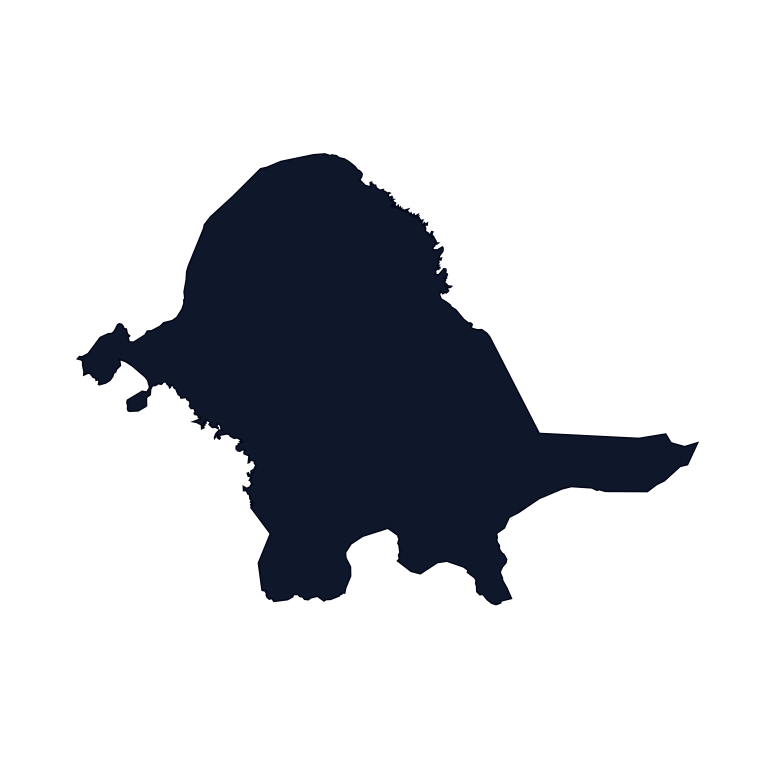 the district of Davst, Uvs, Mongolia, rotated 168°
{"feature_id": "93677404B415729533363", "entity_name": "Davst", "entity_type": "district", "adm_level": 2, "iso_a3": "MNG", "parent_name": "Mongolia", "parent_adm1": "Uvs", "projection": "orthographic", "projection_center": [92.742, 50.438], "detail": "fine", "context": "isolated", "style": "filled", "palette": "ink", "viewbox_px": 768, "rotation_deg": 168, "n_neighbors": 0, "source": "geoboundaries", "source_scale": "gbopen_adm2", "svg_char_len": 6158}
<svg xmlns="http://www.w3.org/2000/svg" viewBox="0 0 768 768"><g transform="rotate(168 384 384)"><path d="M118.8,276.5L146.0,277.8L242.4,303.4L270.8,408.2L272.8,412.2L277.1,416.9L281.1,417.5L286.3,420.0L287.3,422.8L286.1,422.5L285.3,424.0L286.7,425.8L288.7,426.1L292.6,430.7L298.5,441.9L302.2,445.4L302.7,447.4L305.5,450.7L310.4,455.4L311.1,459.9L308.9,463.3L307.9,460.1L304.9,460.8L304.0,460.1L301.4,461.7L302.3,464.1L303.9,465.0L298.9,464.7L297.6,465.5L303.6,467.6L301.8,468.3L303.8,470.8L302.3,472.6L302.9,475.0L301.0,474.3L300.2,476.8L299.3,477.5L299.3,478.5L300.9,479.9L299.7,481.9L299.7,483.7L301.4,484.4L308.0,479.3L310.5,480.4L309.9,485.2L308.8,484.7L307.7,485.7L306.7,484.8L306.3,485.8L305.2,485.8L305.2,486.7L306.6,486.2L307.1,487.4L305.6,488.7L307.5,488.8L304.8,491.6L305.6,493.1L304.2,493.9L302.6,493.4L301.7,495.2L303.6,494.8L303.3,497.6L298.8,501.6L297.9,504.7L298.4,505.9L303.8,504.1L307.8,504.9L308.1,507.0L305.4,508.9L304.8,511.9L303.7,509.8L301.7,510.6L303.8,511.3L303.4,512.7L305.0,518.1L307.5,516.0L305.6,518.0L305.9,519.3L306.7,519.1L304.6,522.7L305.7,523.2L308.4,519.6L308.6,521.1L310.2,521.8L309.4,522.5L311.8,524.8L310.9,527.6L311.4,531.3L308.8,530.4L308.1,532.4L309.8,531.7L311.1,533.3L313.0,530.9L313.9,534.7L312.8,534.7L312.0,536.3L315.6,535.9L315.8,536.8L314.5,537.3L315.1,539.4L316.1,539.6L315.5,540.5L317.3,539.8L315.4,542.7L320.0,541.4L319.1,542.3L319.3,544.0L321.4,542.9L321.5,543.7L322.3,543.6L321.7,544.5L322.0,545.7L323.3,544.4L324.0,545.3L324.0,546.5L325.1,547.0L324.7,548.0L325.6,548.9L324.0,550.0L327.3,549.8L328.6,548.3L329.1,548.8L328.6,549.3L329.0,550.5L330.6,549.7L330.2,551.9L331.7,551.0L331.2,553.7L333.1,552.9L333.0,555.7L335.3,553.9L335.5,555.2L338.2,554.4L338.1,557.3L339.5,556.3L339.1,557.6L337.7,558.5L337.1,556.0L336.5,555.8L336.1,556.3L336.8,557.0L335.4,557.6L335.1,558.9L336.2,559.3L337.1,561.3L338.6,561.9L336.2,562.6L338.2,563.3L338.2,564.4L337.0,564.7L337.3,565.9L339.9,565.4L340.5,566.2L340.4,568.9L338.5,569.5L339.5,570.2L341.2,569.2L341.4,570.6L344.9,573.7L344.4,574.4L347.8,574.4L350.7,577.5L350.9,580.2L351.8,580.0L353.5,582.0L354.6,581.7L354.1,584.0L355.7,583.9L356.0,579.5L361.0,582.1L365.3,588.6L362.8,591.3L361.7,593.7L362.0,595.2L363.8,598.0L365.1,598.5L367.2,602.8L372.1,608.8L376.0,612.4L380.8,614.6L383.0,617.2L387.8,619.0L388.7,618.3L394.0,621.4L405.3,622.9L438.6,623.1L453.6,620.3L460.0,620.2L492.4,599.2L519.1,583.5L526.7,577.0L528.1,573.6L550.8,540.2L553.7,534.8L555.8,527.1L560.4,515.7L561.1,508.9L562.3,508.0L563.0,504.3L566.1,499.1L572.9,492.2L578.0,490.0L586.9,489.7L590.8,487.1L600.2,484.4L604.5,485.0L607.7,481.6L620.3,477.0L624.5,478.2L624.6,482.5L622.8,484.0L624.6,486.5L624.6,491.3L627.2,492.6L626.9,494.1L628.2,496.9L630.5,498.0L632.4,497.2L636.5,492.1L639.5,490.0L643.4,490.5L652.0,488.5L667.0,475.3L673.7,473.4L676.2,474.2L678.7,472.3L675.2,470.6L674.0,468.9L674.9,464.8L674.9,458.3L675.9,455.1L670.7,456.2L668.9,454.9L667.3,451.2L664.7,449.4L664.9,447.4L662.6,447.6L662.3,445.5L663.4,443.0L662.7,442.4L656.0,442.8L651.2,444.6L647.7,447.8L646.2,450.7L644.0,451.5L642.6,453.9L637.9,456.9L637.6,463.0L632.4,459.9L626.7,454.3L616.3,440.8L614.4,436.8L614.0,430.3L614.6,428.5L617.8,425.4L622.0,427.2L638.5,421.5L639.4,419.1L639.2,415.8L640.0,413.4L640.0,411.5L639.0,410.3L630.0,408.8L621.5,411.6L620.7,412.3L619.4,419.3L618.6,420.5L614.9,422.0L613.3,427.5L610.7,430.6L608.0,430.0L604.7,431.2L601.8,430.0L599.1,431.8L597.0,431.6L596.2,428.9L594.6,426.8L594.5,424.8L593.2,425.5L592.3,427.8L590.7,426.2L590.0,423.5L588.7,422.7L587.5,416.4L585.9,415.1L585.5,412.4L581.1,412.1L580.1,411.2L579.9,409.6L577.6,407.6L577.8,405.1L579.0,403.0L577.8,400.1L574.8,399.6L574.5,395.9L575.8,394.9L575.4,393.6L572.4,392.2L572.5,389.6L570.4,389.4L571.2,387.9L578.6,386.8L575.4,385.5L571.1,382.0L571.7,378.1L569.2,378.7L570.1,380.6L568.6,382.3L568.5,380.7L567.8,380.9L567.4,383.8L566.3,382.9L565.5,385.8L561.6,382.8L563.5,380.8L560.9,377.1L557.7,376.7L555.6,374.8L555.3,376.0L556.2,376.8L555.7,378.9L554.3,379.6L552.6,377.2L552.6,374.3L551.9,373.1L555.1,373.0L558.6,370.5L560.9,367.2L561.0,366.1L557.0,369.7L556.6,369.0L558.2,366.2L556.6,364.3L555.4,365.2L555.8,366.8L555.3,368.0L548.4,367.9L545.7,366.7L545.2,364.9L541.8,361.9L539.1,362.0L534.8,358.5L536.7,357.8L534.8,356.8L538.9,355.7L539.9,353.7L541.4,354.0L542.2,351.3L541.0,349.1L538.9,348.2L536.2,349.1L533.6,348.1L535.2,346.3L535.4,344.8L531.0,341.9L533.2,335.1L531.8,335.4L530.8,338.1L530.1,336.9L528.9,337.7L528.4,336.2L526.7,335.4L527.3,333.3L526.1,331.3L528.9,327.7L532.3,326.4L532.3,325.2L530.0,324.0L532.6,324.2L533.4,322.8L534.7,322.6L535.0,325.3L536.3,325.1L536.0,322.1L534.5,321.6L533.8,320.4L534.5,319.3L533.5,319.2L535.8,317.9L534.6,316.8L534.3,313.6L536.7,311.2L540.0,310.4L542.9,313.1L543.6,308.9L540.7,308.2L540.1,304.9L538.6,303.5L539.0,299.5L537.2,295.9L539.7,296.6L537.2,295.0L538.6,295.0L538.3,293.9L539.5,293.6L539.3,292.3L538.4,292.3L539.9,290.8L526.3,261.2L544.1,235.0L546.2,207.7L543.3,206.1L542.5,203.0L543.1,202.1L542.7,199.7L541.0,197.4L538.3,197.6L536.9,194.2L523.1,193.1L517.6,194.8L516.1,196.9L511.7,195.9L510.6,193.7L507.8,192.6L506.5,189.9L502.7,188.7L500.5,190.0L493.2,190.2L487.8,184.2L485.3,185.2L481.2,184.4L471.7,186.0L470.6,187.6L469.4,187.1L467.7,188.3L465.9,187.6L463.9,192.4L456.6,203.0L454.8,212.1L457.4,221.9L456.7,227.2L449.5,234.4L436.5,239.5L410.2,242.1L401.6,232.8L402.1,231.7L401.4,229.4L403.6,225.2L402.9,223.4L403.5,215.9L405.4,213.6L405.3,209.7L407.6,208.2L396.5,195.1L387.9,190.8L369.0,198.2L359.3,197.6L344.2,188.5L340.4,184.2L341.6,182.5L335.7,175.7L334.8,173.3L335.8,169.3L335.5,167.2L336.4,161.5L333.9,157.8L331.4,158.1L327.8,151.4L324.2,147.1L320.3,144.9L315.4,145.6L314.6,147.4L303.9,147.7L306.2,158.8L308.8,167.2L308.5,169.8L309.5,174.8L309.0,176.8L306.2,180.4L301.8,183.9L300.5,187.0L302.0,192.0L304.1,194.7L305.5,198.7L304.7,202.1L306.2,205.7L306.0,208.6L305.1,210.1L305.1,213.5L304.4,214.7L296.2,218.1L289.2,227.6L279.6,230.1L256.0,239.7L231.4,244.4L221.9,244.7L202.4,239.2L197.7,235.7L195.6,236.0L189.7,232.9L148.7,224.0L138.3,228.9L129.9,231.0L111.5,241.8L103.9,242.0L89.3,261.4L103.0,260.2L115.5,266.8L118.8,276.5Z" fill="#0f172a" stroke="#020617" stroke-width="1.5"/></g></svg>